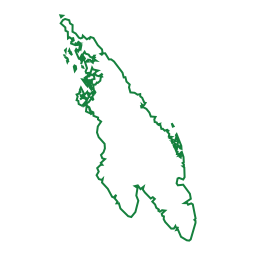 Small Malaita, Malaita, Solomon Islands (orthographic projection)
{"feature_id": "97153195B48441070638838", "entity_name": "Small Malaita", "entity_type": "district", "adm_level": 2, "iso_a3": "SLB", "parent_name": "Solomon Islands", "parent_adm1": "Malaita", "projection": "orthographic", "projection_center": [161.435, -9.524], "detail": "fine", "context": "isolated", "style": "outline", "palette": "green", "viewbox_px": 256, "rotation_deg": 0, "n_neighbors": 0, "source": "geoboundaries", "source_scale": "gbopen_adm2", "svg_char_len": 5551}
<svg xmlns="http://www.w3.org/2000/svg" viewBox="0 0 256 256"><path d="M195.6,218.6L192.8,204.4L191.2,203.4L188.1,204.7L187.4,203.2L184.4,203.1L190.8,198.8L189.9,193.8L183.2,184.7L177.9,185.3L176.6,183.3L177.6,178.5L179.0,177.9L183.2,179.5L184.6,177.2L184.3,167.5L182.9,166.3L183.9,166.2L183.9,164.4L182.6,163.0L183.8,162.2L183.5,157.0L181.8,151.9L180.8,152.6L180.6,156.0L181.0,155.9L181.4,156.4L181.5,156.7L180.9,156.1L180.7,157.5L179.5,156.6L179.8,155.1L178.5,155.5L179.6,153.8L177.0,154.0L177.8,150.9L176.7,152.4L175.3,148.9L177.8,149.3L175.5,148.5L174.9,147.2L176.3,148.1L177.3,147.2L175.3,146.0L174.1,146.8L173.5,145.1L175.8,144.1L173.4,142.2L172.3,141.9L172.7,142.3L172.7,142.7L171.7,143.6L172.6,142.3L172.1,142.0L172.0,139.9L173.0,139.8L169.7,138.0L171.7,136.9L168.8,136.4L169.3,134.0L167.3,131.8L168.4,130.8L167.2,129.8L164.7,130.7L162.8,128.8L161.4,128.9L160.3,124.8L159.5,124.9L160.0,123.8L157.6,124.3L156.7,122.5L154.7,122.0L154.3,119.3L155.5,116.9L150.8,116.5L149.4,112.6L146.4,108.9L143.5,107.3L141.4,107.5L141.1,106.2L142.5,106.3L142.1,104.7L143.1,105.6L144.2,105.0L145.5,102.9L144.3,102.6L142.2,97.8L140.3,96.4L140.2,94.1L137.6,94.7L134.6,92.8L130.4,92.4L129.0,87.3L129.7,84.5L126.5,81.6L125.4,77.2L123.7,77.4L122.5,72.7L114.0,61.5L111.2,59.4L108.9,59.4L105.2,53.3L103.1,53.3L101.8,54.7L100.6,53.9L102.6,53.0L102.0,49.4L97.8,45.2L93.5,38.0L90.4,37.0L89.6,38.7L88.9,38.1L86.8,39.3L82.8,35.6L82.4,37.7L80.6,38.4L78.9,37.7L75.7,33.5L72.5,31.7L72.6,25.0L70.0,23.4L69.2,20.2L65.1,19.0L63.0,20.0L60.7,23.3L65.3,27.4L65.5,30.7L67.8,31.8L68.0,38.4L69.6,37.3L71.2,38.5L73.2,38.2L73.6,40.0L72.0,39.8L72.6,41.4L71.3,41.8L71.1,43.5L74.5,44.8L74.4,43.6L75.4,45.1L77.1,45.0L76.5,43.7L79.1,44.8L78.6,44.0L79.9,43.4L77.5,43.1L78.4,41.9L80.2,43.2L80.5,44.9L81.4,45.1L80.6,49.2L79.5,47.7L79.0,50.2L77.7,49.9L78.3,50.8L78.1,51.4L76.2,49.1L75.4,50.7L78.9,58.7L80.5,59.2L81.7,61.6L81.1,64.2L82.4,60.3L80.1,58.3L80.8,58.3L80.4,57.6L81.4,55.5L83.3,60.0L84.1,60.0L84.9,58.5L82.4,55.0L84.6,51.8L85.5,53.6L88.6,54.6L90.0,56.7L92.6,58.0L92.7,57.1L93.3,57.0L94.0,55.7L94.6,55.7L93.7,57.1L94.6,57.5L93.4,58.5L96.2,60.6L94.6,60.4L92.5,62.5L90.1,59.9L88.1,59.7L87.9,60.8L86.0,60.8L87.7,61.6L84.9,61.8L87.0,68.2L85.6,71.4L86.3,73.2L90.6,72.6L92.1,67.7L93.0,69.4L98.2,70.6L95.8,71.9L94.9,73.8L96.4,75.5L98.9,76.2L101.7,74.1L102.0,74.5L100.8,75.3L102.0,76.7L100.8,77.1L100.3,80.7L97.8,82.9L96.9,82.5L95.5,84.6L93.5,84.6L93.4,89.1L95.4,92.3L94.8,93.3L93.6,92.8L93.7,94.7L92.2,96.6L93.3,99.3L92.8,99.8L91.4,98.5L88.5,102.4L87.1,102.3L86.6,105.5L89.3,107.3L90.7,111.1L93.3,112.3L93.5,115.8L98.1,117.6L98.0,119.4L101.1,121.6L97.8,126.5L97.0,132.5L98.7,137.2L104.6,143.8L104.9,148.4L103.5,152.3L101.0,155.0L102.3,158.3L105.0,159.1L100.8,162.9L102.3,164.8L100.6,164.9L97.2,168.1L98.7,171.6L96.6,175.2L98.9,179.1L101.7,179.9L102.7,178.9L102.0,182.5L107.8,188.8L112.1,196.8L113.7,197.5L116.2,194.8L114.7,198.4L117.5,201.7L116.6,203.3L118.9,203.3L120.4,208.5L128.2,216.2L131.3,217.0L135.4,212.0L138.3,200.7L136.3,195.6L137.5,187.9L134.9,186.1L137.8,185.4L140.5,189.1L143.6,186.7L142.8,189.5L144.8,192.4L150.7,198.5L152.8,197.2L154.8,198.9L152.3,201.6L155.1,204.5L156.3,207.8L158.8,209.5L158.4,210.8L159.9,211.7L162.1,210.2L165.2,210.6L161.7,213.8L162.3,215.8L163.9,216.4L163.7,219.2L165.2,222.0L171.2,228.6L173.8,228.6L175.4,226.1L175.8,227.4L177.6,227.7L176.4,229.9L177.9,229.5L181.0,236.8L186.8,240.3L189.2,240.6L190.7,239.4L195.5,222.9L195.5,220.9L194.4,219.8L195.6,218.6ZM86.7,100.5L85.2,98.5L82.5,97.9L80.1,99.4L82.6,96.9L80.9,96.2L80.7,95.2L82.1,95.5L83.9,93.5L80.9,87.6L79.8,90.0L80.4,92.2L79.8,92.7L79.6,91.3L79.1,93.6L76.6,94.5L77.7,96.5L76.6,100.2L78.3,100.8L78.7,104.0L82.1,105.8L86.7,100.5ZM94.5,78.9L93.6,74.0L92.1,75.2L90.5,73.9L89.8,75.8L87.9,76.7L87.6,75.7L86.6,77.8L86.0,76.9L84.9,77.8L86.7,79.0L87.2,80.7L85.8,79.1L85.6,81.4L87.6,81.7L87.7,80.5L88.7,82.5L88.7,83.7L87.0,85.5L87.7,86.5L90.5,83.7L90.3,80.6L88.4,80.1L90.4,80.2L91.1,81.2L91.9,79.6L94.5,78.9ZM181.5,148.8L181.3,145.9L176.6,134.2L175.9,135.2L178.2,141.4L177.4,145.0L180.2,146.8L179.5,147.5L180.3,148.5L181.5,148.8ZM88.8,96.9L87.3,91.8L83.4,96.1L87.5,99.0L88.8,96.9ZM90.5,113.5L90.5,111.9L89.4,109.4L89.4,107.9L86.6,106.3L86.0,111.4L90.5,113.5ZM88.6,82.7L85.6,81.9L85.1,81.0L85.5,79.8L82.3,79.4L86.3,85.0L88.6,82.7ZM76.2,68.9L75.8,66.2L74.5,65.5L73.8,66.7L74.8,71.0L76.2,68.9ZM93.2,88.4L90.1,86.9L89.8,87.6L91.5,89.8L93.2,88.4ZM93.3,113.0L92.9,112.2L90.7,111.5L91.1,113.9L93.3,113.0ZM89.1,95.7L90.3,93.9L88.3,92.9L89.1,95.7ZM61.1,17.2L62.9,15.7L60.4,15.4L61.1,17.2ZM72.0,55.1L70.7,51.9L70.1,51.8L69.7,52.9L72.0,55.1ZM92.7,94.5L92.7,91.9L91.7,92.4L92.7,94.5ZM85.7,104.8L85.7,103.1L84.7,105.4L85.7,104.8ZM68.3,59.9L67.2,58.1L65.9,57.3L65.6,57.5L68.3,59.9ZM65.6,51.5L65.8,49.6L65.0,50.3L65.6,51.5ZM173.6,126.3L171.7,123.2L172.8,126.6L173.6,126.3ZM68.6,62.1L68.0,60.7L67.0,61.0L67.4,62.2L67.9,61.2L68.6,62.1ZM69.9,51.3L69.4,49.9L68.9,51.1L69.9,51.3ZM92.4,99.1L91.9,97.8L90.8,97.5L92.4,99.1ZM91.3,85.5L90.2,85.3L90.5,86.7L91.0,86.9L91.3,85.5ZM83.2,67.6L82.8,66.5L82.2,66.3L82.3,67.3L83.2,67.6ZM81.0,57.6L81.2,55.9L80.9,56.9L81.0,57.6ZM175.8,139.7L175.6,139.1L175.2,140.3L175.8,139.7ZM89.1,75.7L89.3,74.7L88.6,75.2L89.1,75.7ZM92.5,61.7L92.4,61.0L92.2,61.4L92.5,61.7ZM64.9,56.4L64.6,55.4L64.4,55.4L64.9,56.4ZM91.9,83.3L91.9,82.5L91.5,83.1L91.9,83.3ZM80.3,45.6L80.4,44.9L79.9,45.0L80.3,45.6ZM81.3,57.9L82.1,57.6L81.5,57.4L81.3,57.9ZM175.5,141.0L175.1,140.6L174.9,140.9L175.5,141.0ZM79.7,44.7L79.9,44.0L79.7,43.9L79.7,44.7ZM81.1,58.9L81.1,58.2L81.1,58.9Z" fill="none" stroke="#15803d" stroke-width="2"/></svg>